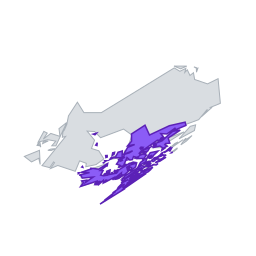 location of Nunavut within Canada, rotated 147°
{"feature_id": "CAN-634", "entity_name": "Nunavut", "entity_type": "Territory", "adm_level": 1, "iso_a3": "CAN", "parent_name": "Canada", "parent_adm1": "", "projection": "equal_earth", "projection_center": [-85.605, 67.518], "detail": "fine", "context": "in_parent", "style": "filled", "palette": "violet", "viewbox_px": 256, "rotation_deg": 147, "n_neighbors": 0, "source": "natural_earth", "source_scale": "10m", "svg_char_len": 9369}
<svg xmlns="http://www.w3.org/2000/svg" viewBox="0 0 256 256"><g transform="rotate(147 128 128)"><path d="M45.7,132.4L37.3,121.7L25.6,120.3L37.1,98.4L47.6,100.4L46.8,99.5L60.6,97.4L53.5,99.2L51.6,100.0L51.9,100.3L64.2,96.5L103.6,105.4L102.9,102.2L107.7,100.6L102.4,100.6L107.0,99.9L124.4,102.7L122.2,101.0L124.7,100.8L127.6,101.3L126.4,103.9L127.6,104.9L132.8,100.5L126.9,97.2L131.1,93.8L145.2,103.6L150.3,100.2L149.0,98.0L157.7,100.2L155.1,100.9L157.4,103.9L153.4,105.4L151.0,104.1L150.4,104.0L149.8,104.2L152.5,105.8L136.6,106.4L145.8,108.1L143.5,110.5L131.5,110.6L137.8,112.7L128.5,119.8L132.3,129.5L156.3,134.8L157.9,143.2L164.0,147.7L162.7,136.0L169.8,130.7L164.9,124.8L165.1,115.2L174.7,114.7L184.5,118.5L182.2,121.1L186.5,126.8L195.8,120.4L207.3,134.8L215.0,136.2L208.5,138.9L208.9,140.1L215.3,137.4L220.6,143.3L184.9,154.9L188.1,156.0L184.7,160.2L182.4,161.0L177.4,164.3L171.3,170.6L156.4,177.2L156.6,164.9L142.0,155.4L56.5,153.2L53.6,147.3L47.0,146.5L50.1,143.7L46.6,144.5L47.4,138.3L43.0,138.7L45.7,132.4ZM146.9,95.7L150.4,95.6L149.1,91.8L156.6,90.8L158.0,94.0L176.4,94.7L174.7,96.0L187.2,99.2L182.0,100.0L199.4,104.8L195.5,108.8L191.3,106.8L193.0,105.6L184.1,105.8L194.4,111.7L193.3,114.4L184.7,111.7L191.0,116.3L164.6,109.5L174.2,107.5L172.2,105.9L176.5,103.5L172.8,100.3L161.9,96.5L144.2,97.2L140.1,93.9L150.0,90.6L146.8,92.4L150.0,95.0L146.9,95.7ZM137.8,80.1L192.7,79.4L161.8,82.8L169.4,83.3L155.5,85.2L163.1,85.8L157.9,86.8L141.4,86.3L146.6,85.3L144.3,84.5L150.9,85.1L152.6,85.0L154.4,84.2L146.6,83.2L153.1,83.2L155.9,83.0L147.2,81.5L158.2,82.2L153.6,81.4L164.7,80.8L161.3,80.7L164.6,80.3L137.8,80.1ZM83.0,94.2L105.0,94.5L104.8,91.7L108.2,91.6L118.0,98.0L92.8,100.8L85.4,97.5L96.7,97.0L83.0,94.2ZM195.7,165.5L189.6,158.0L186.2,165.1L176.5,166.0L198.2,152.3L201.6,154.6L195.7,156.3L201.8,162.0L211.1,165.1L200.4,171.0L198.5,167.7L205.1,164.8L195.7,165.5ZM73.7,89.7L91.1,91.1L74.9,95.5L69.6,93.8L73.7,89.7ZM128.4,81.6L145.1,81.4L149.9,82.6L138.1,84.0L133.0,83.0L138.4,82.5L128.4,81.6ZM127.6,85.9L142.5,87.9L160.7,88.7L137.5,89.2L127.6,85.9ZM87.9,88.2L111.1,87.5L97.1,89.5L93.7,89.1L100.4,88.2L87.9,88.2ZM221.5,145.3L219.3,151.2L227.4,152.1L230.4,160.6L214.4,157.5L221.5,145.3ZM115.4,92.4L126.6,90.6L123.8,92.1L127.1,94.1L115.4,92.4ZM145.4,112.0L151.2,107.5L160.3,111.5L145.4,112.0ZM129.4,90.8L139.7,90.5L130.0,93.7L129.4,90.8ZM92.9,85.1L89.2,86.6L78.4,86.8L86.3,85.2L92.9,85.1ZM126.1,86.3L125.2,88.5L116.2,87.7L119.7,87.4L118.4,86.4L126.1,86.3ZM112.1,82.8L122.2,83.3L123.9,84.2L112.1,82.8ZM45.0,147.9L51.7,149.0L55.7,154.9L45.0,147.9ZM158.0,90.8L165.1,91.1L167.4,92.2L158.0,90.8ZM120.5,99.6L127.2,99.0L129.2,100.1L120.5,99.6ZM131.2,87.6L131.7,89.2L127.8,88.5L131.2,87.6ZM127.1,83.2L131.5,84.1L125.3,83.2L127.1,83.2ZM167.0,101.3L170.3,103.0L166.1,102.9L167.0,101.3ZM99.2,84.2L104.2,84.1L97.3,84.5L99.2,84.2ZM112.1,91.0L108.9,91.4L107.5,91.1L112.1,91.0ZM211.6,159.5L211.6,163.6L212.4,161.8L213.8,162.9L211.8,164.1L209.8,163.7L211.6,159.5ZM102.2,83.3L104.9,83.7L97.6,83.8L102.2,83.3ZM207.4,152.9L204.3,152.4L200.5,150.4L204.5,150.9L207.4,152.9ZM156.6,113.5L154.5,115.4L152.5,114.9L153.7,113.7L156.6,113.5ZM36.9,140.0L40.2,137.5L38.6,140.1L36.9,140.0ZM128.9,84.7L134.0,84.5L134.8,84.7L128.9,84.7ZM116.5,86.6L115.3,87.4L113.3,86.9L116.5,86.6ZM202.0,160.5L203.8,160.9L208.1,161.4L206.3,162.9L202.0,160.5ZM161.0,115.1L161.9,116.8L160.5,116.4L161.0,115.1ZM88.5,86.9L85.7,87.8L84.7,87.6L88.5,86.9ZM140.3,84.8L138.8,85.1L138.4,84.8L140.3,84.8ZM112.2,84.7L112.1,85.3L110.7,84.6L112.2,84.7ZM37.2,140.5L38.3,141.2L39.4,143.4L37.2,140.5Z" fill="#d9dde1" stroke="#a8b0b8" stroke-width="1"/><path d="M110.1,101.8L127.8,101.2L126.4,103.0L128.7,104.0L126.3,103.9L127.5,104.9L127.9,104.8L127.0,104.2L128.9,104.1L128.6,101.7L133.0,100.5L130.4,100.2L133.0,98.7L126.8,97.2L128.5,96.6L127.2,95.2L131.2,93.8L137.0,97.3L134.1,98.3L139.3,98.8L137.0,99.0L138.9,101.1L141.5,99.1L143.9,100.1L144.9,103.8L151.0,99.7L148.9,97.9L157.7,100.2L154.9,100.9L157.3,104.0L153.5,105.5L152.3,104.3L151.9,104.7L151.4,104.1L150.3,103.9L149.6,104.2L150.9,104.2L150.6,104.2L151.9,104.7L152.8,105.8L152.6,105.9L146.4,105.1L148.3,105.9L145.1,107.8L140.3,106.4L136.5,106.4L146.0,108.3L138.9,111.9L131.4,110.5L138.0,113.3L132.2,115.0L128.3,121.1L112.2,121.1L113.8,110.4L92.1,107.4L76.9,101.8L78.0,98.6L91.0,101.0L88.1,102.3L98.6,101.8L103.6,105.5L103.2,101.6L106.1,101.5L108.0,100.5L102.4,100.5L107.0,99.8L110.1,101.8ZM172.1,105.9L176.6,103.4L174.6,101.3L170.7,99.5L167.1,100.4L169.1,99.2L162.3,96.4L160.9,96.8L162.5,97.9L148.5,97.7L142.2,96.6L141.0,95.5L146.0,95.7L139.9,93.9L142.8,91.2L149.8,90.6L146.6,92.5L147.2,93.8L150.3,95.1L149.6,95.1L146.4,95.7L150.4,95.8L150.8,94.4L149.5,94.4L148.9,94.0L148.0,93.8L147.9,93.8L151.7,93.7L148.7,92.2L152.1,92.4L149.1,91.8L156.7,90.7L159.3,92.4L157.9,94.0L169.2,92.9L166.9,94.1L177.6,95.2L176.9,95.6L175.8,95.5L174.4,96.0L174.8,96.4L178.6,95.6L177.1,97.6L183.3,96.5L183.1,96.9L180.5,97.3L179.3,98.0L184.5,97.1L186.1,98.2L180.3,98.6L186.9,99.0L181.8,100.0L199.5,104.8L195.2,106.4L195.6,108.8L191.1,106.8L193.2,105.5L183.9,105.8L193.6,110.9L193.2,114.5L184.5,111.6L191.6,116.3L179.5,113.3L175.0,109.4L164.4,109.3L166.1,107.5L170.7,109.2L169.2,107.8L174.4,107.5L172.1,105.9ZM192.9,79.4L178.2,80.0L183.2,80.2L176.7,80.5L187.1,80.2L172.9,81.5L176.4,81.7L175.3,82.0L162.7,82.5L169.3,82.7L169.4,82.9L161.2,82.9L169.1,83.4L161.7,85.1L155.7,84.6L163.6,85.8L157.4,86.8L141.2,86.2L147.0,85.3L144.0,84.4L151.0,85.2L152.8,85.1L154.9,84.1L150.4,84.9L148.7,84.3L151.8,84.0L150.7,83.4L149.0,84.1L145.2,84.0L146.4,83.3L154.9,83.5L153.2,83.1L155.9,83.1L156.4,82.9L154.5,83.1L150.4,82.9L150.9,82.8L151.8,82.9L152.8,82.9L153.0,82.9L147.2,81.4L158.0,82.3L159.5,82.1L153.2,81.4L162.6,81.1L159.1,81.1L165.3,80.8L160.9,80.8L164.9,80.3L149.7,81.2L146.7,81.1L154.7,80.5L145.0,81.1L141.8,80.8L146.8,80.7L150.4,80.4L137.4,80.0L167.1,79.2L163.5,78.9L164.0,78.8L192.9,79.4ZM101.2,92.5L104.9,94.5L106.2,94.0L105.0,91.4L109.4,91.9L111.1,95.5L118.1,98.1L112.8,98.3L116.1,99.4L113.5,100.1L106.4,98.7L92.4,100.9L85.4,97.9L99.8,97.7L101.2,92.5ZM140.1,82.6L128.4,81.7L132.8,81.8L128.6,81.4L133.9,81.2L130.8,80.9L135.0,80.3L150.1,82.6L136.9,83.9L132.8,83.0L140.1,82.6ZM160.4,88.6L156.2,89.5L137.5,89.2L134.8,86.5L130.4,86.7L127.5,86.0L138.8,86.1L137.6,86.3L142.1,86.7L137.5,86.6L140.2,86.9L138.3,87.0L138.4,87.3L142.5,87.9L157.3,87.4L160.4,88.6ZM127.8,92.9L122.8,95.2L115.4,92.3L125.3,90.4L126.9,90.8L125.5,91.0L123.8,92.2L127.8,92.9ZM160.5,111.5L158.5,112.3L154.2,110.5L149.5,113.1L145.3,111.8L149.1,106.4L156.6,111.0L160.5,111.5ZM139.8,90.4L136.2,92.4L131.8,92.4L133.4,92.9L132.2,93.8L129.1,92.0L131.3,90.1L139.8,90.4ZM126.4,87.8L122.0,88.6L120.0,88.0L123.6,87.5L116.5,87.8L116.0,87.6L124.7,86.0L126.4,87.8ZM102.7,87.2L105.4,85.8L106.3,87.4L111.3,87.6L102.2,88.8L104.8,87.5L102.7,87.2ZM112.0,82.8L119.3,82.8L124.1,84.1L113.9,83.8L112.9,83.6L116.1,83.3L112.0,82.8ZM157.9,90.9L163.3,90.8L167.4,92.2L160.6,92.4L157.9,90.9ZM129.3,100.0L126.5,100.9L120.4,99.7L124.0,97.9L129.3,100.0ZM133.9,88.7L131.4,89.2L127.8,88.6L131.2,87.6L133.9,88.7ZM131.3,84.2L125.3,83.2L131.8,83.7L131.3,84.2ZM170.5,101.5L169.5,103.3L165.9,102.5L167.1,101.3L170.5,101.5ZM111.9,90.9L110.4,92.2L109.0,91.5L107.3,91.1L111.9,90.9ZM156.2,113.5L154.4,115.5L152.5,114.9L153.6,113.7L156.2,113.5ZM130.4,84.5L133.6,85.0L128.8,84.7L130.4,84.5ZM162.6,115.3L161.7,117.0L160.5,116.3L161.2,115.0L162.6,115.3ZM141.3,85.1L139.8,85.3L138.4,84.8L140.1,84.7L141.3,85.1ZM113.7,85.3L112.1,85.3L110.7,84.6L111.8,84.6L113.7,85.3ZM122.2,81.8L124.2,81.6L124.9,82.0L124.6,82.1L122.2,81.8ZM159.4,140.3L160.5,141.8L157.3,140.8L159.4,140.3ZM116.9,86.8L113.2,86.8L116.5,86.6L116.9,86.8ZM114.5,88.3L113.3,88.6L112.0,88.4L113.1,87.9L114.5,88.3ZM113.4,86.6L113.0,86.2L116.0,86.4L113.4,86.6ZM174.0,102.2L171.9,102.3L171.0,101.8L171.9,101.4L174.0,102.2ZM164.4,131.2L161.8,132.4L163.6,130.2L164.4,131.2ZM124.6,90.5L122.1,90.4L125.6,90.1L124.6,90.5ZM165.5,112.3L165.4,113.2L164.0,112.3L165.5,112.3ZM163.8,99.1L161.4,99.9L162.8,99.0L163.8,99.1ZM146.0,101.6L147.2,102.0L146.6,102.4L146.0,101.6ZM117.5,84.6L118.9,84.3L120.3,84.5L118.7,84.6L117.5,84.6ZM161.5,98.2L160.2,98.7L158.5,98.3L161.5,98.2ZM140.6,85.8L140.6,86.3L139.5,85.9L140.6,85.8ZM103.6,83.8L104.7,83.4L105.1,83.6L103.6,83.8ZM153.9,107.0L151.2,105.9L152.1,106.1L153.9,107.0ZM194.6,116.8L194.2,117.6L193.0,116.9L194.6,116.8ZM165.7,98.8L166.5,99.5L165.5,99.2L165.7,98.8ZM116.6,87.4L115.1,87.4L117.8,87.1L116.6,87.4ZM149.9,106.8L150.4,106.4L151.0,107.1L149.9,106.8ZM181.6,114.0L181.2,114.5L180.0,113.7L181.6,114.0ZM187.3,119.6L188.0,120.4L187.1,120.6L187.3,119.6ZM166.4,111.8L168.3,112.3L167.4,112.4L166.4,111.8ZM170.4,100.4L170.5,101.1L169.6,100.5L170.4,100.4ZM117.2,87.0L114.6,87.2L114.1,87.1L117.2,87.0ZM129.3,87.7L127.1,87.8L128.4,87.6L129.3,87.7ZM175.4,95.8L177.2,95.7L175.9,96.1L175.4,95.8ZM161.2,86.9L161.5,87.3L159.9,87.2L161.2,86.9ZM128.7,99.0L128.3,98.4L129.1,98.6L128.7,99.0ZM126.7,92.1L127.0,91.6L127.5,91.9L126.7,92.1ZM163.0,98.4L164.3,98.4L162.4,98.7L163.0,98.4ZM121.2,86.0L118.6,86.2L121.3,86.0L121.2,86.0ZM118.9,99.7L118.3,100.2L118.3,99.7L118.9,99.7ZM131.9,87.0L132.4,87.4L131.2,87.1L131.9,87.0ZM146.5,97.7L145.3,97.4L147.1,97.6L146.5,97.7ZM115.4,100.1L115.7,100.6L114.7,100.4L115.4,100.1ZM109.9,100.6L109.9,101.0L109.1,100.6L109.9,100.6ZM194.0,114.5L194.6,115.0L193.7,114.8L194.0,114.5ZM127.5,99.0L126.4,98.5L127.6,98.7L127.5,99.0Z" fill="#8b5cf6" stroke="#5b21b6" stroke-width="1.5"/></g></svg>